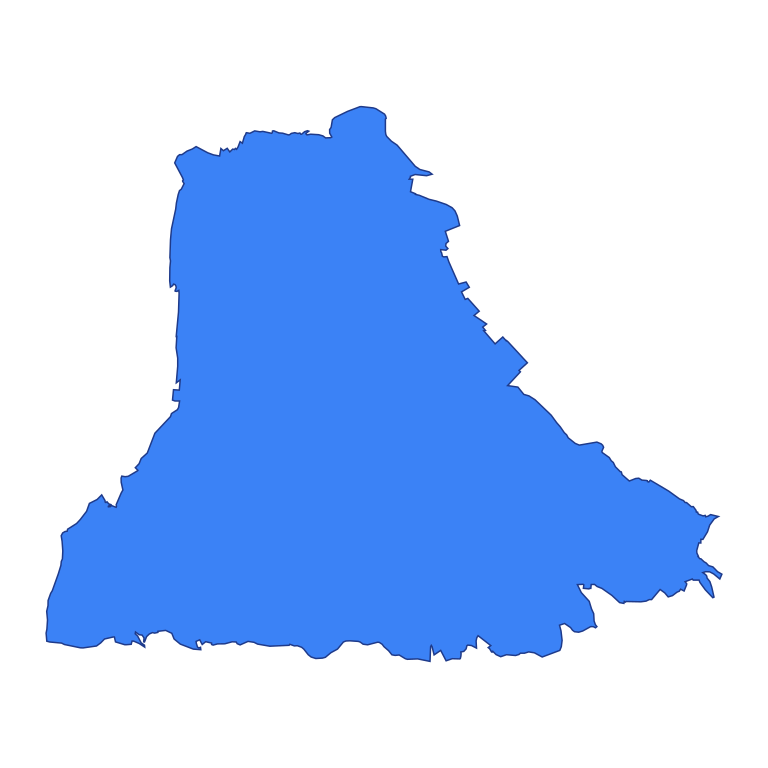 outline of Acatari, Mures, Romania
{"feature_id": "2599482B54734654419593", "entity_name": "Acatari", "entity_type": "district", "adm_level": 2, "iso_a3": "ROU", "parent_name": "Romania", "parent_adm1": "Mures", "projection": "mercator", "projection_center": [24.657, 46.46], "detail": "fine", "context": "isolated", "style": "filled", "palette": "blue", "viewbox_px": 768, "rotation_deg": 0, "n_neighbors": 0, "source": "geoboundaries", "source_scale": "gbopen_adm2", "svg_char_len": 6089}
<svg xmlns="http://www.w3.org/2000/svg" viewBox="0 0 768 768"><path d="M559.8,650.4L561.3,646.7L562.1,640.4L561.0,630.9L559.5,625.2L564.6,623.5L570.5,627.5L572.5,630.2L574.5,631.7L578.7,632.2L582.7,631.0L590.7,626.6L593.4,626.7L595.5,627.8L596.9,626.6L595.4,624.7L594.1,621.0L593.7,613.7L591.5,608.9L589.2,601.3L581.3,592.6L577.4,584.6L583.1,584.3L583.8,584.8L583.4,588.3L589.0,588.9L589.3,588.4L590.8,588.4L591.2,584.5L594.5,584.4L597.1,586.5L601.9,588.4L611.9,595.4L619.6,602.6L623.9,603.4L624.3,601.4L625.4,602.1L626.2,601.5L640.9,601.8L646.1,601.1L649.2,599.6L651.6,599.6L660.1,589.5L664.7,592.8L668.2,596.9L672.5,595.6L677.1,592.1L679.3,591.2L680.6,589.2L684.1,591.0L686.6,584.8L686.7,583.7L685.1,581.7L692.3,579.0L693.2,580.1L699.1,580.1L699.9,582.4L705.3,589.8L712.8,597.7L714.0,597.1L711.7,587.0L709.9,581.6L707.1,578.1L706.7,576.0L705.7,574.7L702.8,572.6L705.6,571.7L709.6,571.8L713.6,573.9L719.8,579.0L721.9,574.2L717.6,571.7L712.9,566.9L708.6,565.6L706.2,563.0L704.1,561.8L700.9,558.8L699.8,558.7L698.0,556.6L698.4,556.3L696.9,553.1L696.7,550.7L698.8,542.9L700.8,543.0L700.9,539.3L702.9,539.4L707.5,531.8L709.7,525.1L714.2,518.9L718.4,516.5L710.6,514.6L708.0,516.2L705.7,516.8L705.2,515.4L703.1,515.9L699.0,514.4L698.2,513.9L697.6,512.1L696.4,512.1L696.0,510.3L693.3,506.6L691.3,506.7L686.6,502.6L685.1,502.5L683.5,500.6L679.5,498.9L668.7,491.1L650.3,480.2L648.8,482.0L647.5,481.6L647.3,480.7L646.6,480.5L641.9,480.1L638.8,478.2L635.7,478.5L629.3,481.0L622.1,474.7L621.3,471.9L620.2,471.6L615.4,466.8L613.3,462.5L611.2,460.7L609.3,457.6L602.2,452.5L601.9,451.2L603.6,447.3L602.7,445.3L601.1,443.8L596.9,442.1L579.3,445.1L575.2,443.4L568.2,437.8L566.6,434.8L564.3,432.7L560.4,427.0L556.6,422.6L551.2,415.2L535.1,399.8L529.0,395.9L523.8,394.4L517.9,387.1L507.6,385.6L520.4,371.8L519.0,370.4L527.4,362.8L508.1,341.9L506.5,340.5L506.2,340.8L502.8,337.0L495.1,343.9L483.7,330.7L485.4,330.4L482.7,327.1L486.6,324.0L474.0,315.5L479.2,311.2L467.8,298.4L465.2,299.4L461.5,291.9L469.3,287.3L466.1,282.0L458.6,284.0L448.9,262.0L447.0,256.6L443.9,256.9L442.4,256.3L441.6,252.8L440.8,251.5L440.7,249.6L446.0,250.2L447.9,248.6L445.7,246.1L446.0,243.5L448.5,241.3L445.3,231.3L459.6,225.5L457.3,216.1L455.0,210.9L452.2,207.8L446.3,204.5L436.4,201.1L429.0,199.3L419.3,195.3L415.4,194.4L415.6,193.8L410.5,191.7L412.8,179.2L409.2,179.2L410.5,177.1L410.4,176.3L415.1,174.5L426.6,175.7L432.1,174.2L429.1,171.9L419.9,169.5L415.2,166.3L397.1,145.1L391.4,141.2L386.7,136.4L385.8,134.4L385.4,131.3L385.4,119.1L386.2,118.3L385.6,115.9L384.5,114.1L375.9,108.7L373.2,107.9L361.4,106.6L359.9,106.7L347.5,111.4L334.7,117.6L332.4,119.8L331.1,127.4L329.6,129.6L329.7,133.2L331.8,137.0L330.7,137.7L325.6,137.9L322.9,135.9L318.7,134.7L310.6,134.2L307.0,134.9L305.9,133.8L306.0,133.3L308.8,131.2L307.5,130.7L304.6,131.7L301.6,134.2L300.8,134.2L299.9,133.0L297.9,133.5L294.8,132.7L291.3,133.4L289.6,134.7L288.4,134.9L282.7,133.2L278.9,132.9L273.8,130.8L272.5,131.0L272.2,132.8L271.6,133.3L262.8,131.4L260.0,131.8L254.7,130.9L249.9,133.3L246.5,132.7L245.9,133.2L245.9,134.0L244.3,136.6L242.4,143.2L240.1,141.6L238.1,146.8L236.6,149.3L235.4,148.4L234.5,149.5L232.7,149.1L229.8,151.9L227.2,148.3L223.4,150.7L220.9,148.5L219.6,156.0L213.5,154.9L207.8,152.8L196.1,146.6L192.3,149.0L187.0,151.1L182.0,154.6L179.5,154.7L177.5,156.4L174.7,162.9L182.4,177.4L183.4,179.9L182.6,180.8L182.7,181.4L184.1,183.6L181.3,189.2L179.5,190.6L178.2,194.5L176.4,203.0L175.7,209.1L171.5,228.8L170.5,239.7L169.9,257.6L170.5,260.9L169.9,267.5L169.7,280.8L170.4,287.1L172.7,285.6L173.6,284.1L175.1,284.6L176.0,286.2L176.2,287.8L175.1,290.6L175.2,291.2L176.9,291.4L178.8,290.4L179.1,293.2L178.5,312.1L176.2,336.5L176.8,336.4L176.1,347.8L177.7,358.1L177.7,366.3L176.3,382.8L180.2,379.9L179.3,390.1L173.5,389.7L172.5,400.1L175.0,401.0L179.6,401.0L178.6,407.5L177.4,409.7L171.5,413.5L170.5,416.6L154.9,433.2L147.3,453.0L141.2,458.5L139.1,463.7L135.3,467.7L137.9,470.3L137.5,470.8L128.2,476.3L125.1,476.7L121.8,476.1L121.1,478.1L121.2,482.3L122.9,490.0L121.2,493.0L116.2,504.7L116.5,506.3L116.1,507.3L111.4,505.5L110.5,506.6L108.4,506.8L108.3,506.3L110.6,504.5L108.8,503.9L107.0,501.8L105.9,502.5L105.2,502.1L105.0,500.5L101.7,494.9L97.1,499.5L89.4,503.4L86.6,511.3L80.3,519.5L76.6,523.5L67.6,529.2L67.2,531.2L65.1,531.5L62.7,532.9L61.2,535.7L62.1,541.3L62.8,551.0L62.4,559.0L61.3,561.4L60.9,565.4L58.4,573.6L52.3,590.7L50.7,593.3L48.1,600.5L48.0,605.7L46.7,611.3L47.5,620.0L46.9,629.1L46.1,633.1L46.8,641.2L49.7,642.0L61.6,643.1L64.4,644.5L80.3,647.8L83.1,647.9L96.5,646.0L100.7,642.9L104.5,639.0L113.1,637.0L114.4,637.0L115.5,641.9L124.7,644.7L126.5,644.7L131.2,644.3L132.0,641.1L133.6,641.1L139.2,643.5L144.7,647.1L144.5,645.2L141.2,642.9L137.6,636.0L135.2,633.8L135.5,632.0L139.2,634.7L142.1,635.1L144.0,637.9L143.7,641.8L144.5,642.0L146.6,636.6L149.3,634.0L152.4,632.6L154.7,633.1L157.9,632.4L157.9,631.3L165.7,630.4L171.8,633.3L174.1,639.0L180.3,644.1L193.3,649.1L200.8,649.7L200.5,647.3L199.0,647.9L197.5,647.1L196.3,643.2L196.1,641.4L199.7,639.8L202.2,644.5L205.7,641.7L211.6,643.1L211.6,644.5L213.1,645.1L217.5,643.9L224.8,643.8L232.2,641.8L236.2,642.0L237.2,643.7L240.1,644.9L248.0,641.4L254.0,642.3L257.6,644.1L269.8,646.2L289.1,645.3L289.8,644.3L294.3,645.9L297.3,645.7L301.7,647.3L303.8,649.1L308.2,654.7L311.1,657.0L315.8,658.5L322.5,658.1L325.4,657.3L330.9,652.7L337.5,649.1L343.4,642.0L345.9,641.0L349.8,640.8L358.3,641.4L360.3,642.1L363.1,644.2L367.6,644.8L377.7,642.2L379.3,642.4L382.2,644.3L384.0,646.7L388.6,650.7L391.9,654.8L395.1,655.4L399.2,655.0L405.3,658.7L407.4,659.3L417.7,658.9L430.0,661.4L430.6,646.7L431.3,645.4L432.1,646.7L434.1,654.9L440.7,650.4L446.1,660.8L452.2,658.7L459.7,658.9L460.3,658.6L460.9,656.1L461.1,653.6L460.8,652.0L463.8,651.4L466.1,648.9L466.9,645.7L467.8,645.1L471.4,645.5L476.5,648.1L476.1,640.9L476.8,637.7L478.1,635.7L490.8,645.6L488.2,647.6L489.6,648.7L491.5,651.9L492.0,652.1L492.2,651.3L492.7,651.2L496.1,654.6L500.7,656.7L506.5,654.7L515.5,655.5L518.9,654.5L520.4,653.2L524.5,653.2L528.7,651.9L534.4,652.8L542.2,657.0L559.8,650.4Z" fill="#3b82f6" stroke="#1e3a8a" stroke-width="1.5"/></svg>